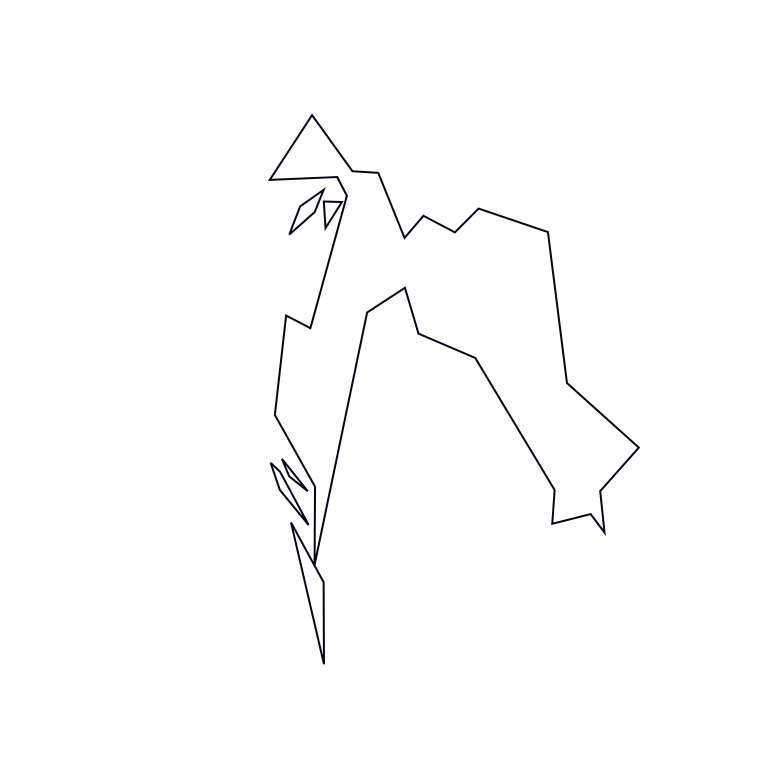 SVG path tracing the border of Croatia, rotated 51°
{"feature_id": "HRV", "entity_name": "Croatia", "entity_type": "country or territory", "adm_level": 0, "iso_a3": "HRV", "parent_name": "Europe", "parent_adm1": "", "projection": "robinson", "projection_center": [16.337, 44.484], "detail": "coarse", "context": "isolated", "style": "outline", "palette": "ink", "viewbox_px": 768, "rotation_deg": 51, "n_neighbors": 0, "source": "natural_earth", "source_scale": "50m", "svg_char_len": 770}
<svg xmlns="http://www.w3.org/2000/svg" viewBox="0 0 768 768"><g transform="rotate(51 384 384)"><path d="M129.8,270.7L198.8,274.6L216.3,255.6L283.4,276.1L278.1,247.5L310.8,233.5L307.2,200.1L369.1,161.0L498.4,241.2L593.8,226.0L603.3,283.4L638.2,306.1L615.1,305.3L598.5,341.2L573.8,318.1L421.2,296.7L366.6,325.5L322.4,307.2L317.8,352.1L480.9,551.8L420.4,502.2L339.4,488.3L269.2,417.0L294.3,406.1L214.4,294.4L193.7,290.1L153.5,344.3L129.8,270.7ZM500.1,555.7L564.0,607.0L433.1,543.4L500.1,555.7ZM208.3,363.6L193.2,337.4L195.1,308.7L206.8,329.7L208.3,363.6ZM216.1,302.2L226.0,331.3L204.3,315.9L216.1,302.2ZM419.4,510.7L396.1,515.8L378.0,510.4L419.4,510.7ZM446.2,531.3L400.7,531.6L373.9,521.7L386.7,520.0L446.2,531.3Z" fill="none" stroke="#020617" stroke-width="2"/></g></svg>